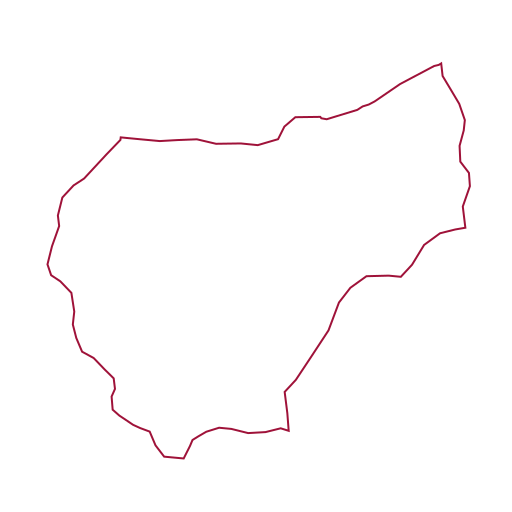 Sinhung, Hamgyŏng-namdo, North Korea (Natural Earth projection), rotated 5°
{"feature_id": "82179303B53420606691311", "entity_name": "Sinhung", "entity_type": "district", "adm_level": 2, "iso_a3": "PRK", "parent_name": "North Korea", "parent_adm1": "Hamgyŏng-namdo", "projection": "natural_earth1", "projection_center": [127.653, 40.262], "detail": "fine", "context": "isolated", "style": "outline", "palette": "rose", "viewbox_px": 512, "rotation_deg": 5, "n_neighbors": 0, "source": "geoboundaries", "source_scale": "gbopen_adm2", "svg_char_len": 1228}
<svg xmlns="http://www.w3.org/2000/svg" viewBox="0 0 512 512"><g transform="rotate(5 256 256)"><path d="M303.8,427.3L300.9,409.8L296.4,388.9L306.5,375.9L319.3,352.4L334.7,323.8L342.7,295.1L352.8,279.4L367.8,266.5L389.9,264.0L402.1,264.1L412.2,251.1L422.5,230.3L437.4,217.3L452.2,212.2L462.1,209.6L457.7,188.7L463.0,167.8L460.9,154.7L451.3,144.2L449.2,128.5L452.0,112.8L452.2,102.4L445.2,86.7L435.7,73.5L426.2,60.4L423.7,48.0L421.4,49.7L416.9,51.2L384.6,72.1L360.7,91.7L355.1,95.3L349.2,97.7L344.2,101.6L314.5,113.6L309.1,113.1L307.9,111.8L283.1,114.3L273.0,124.6L267.8,137.7L248.1,145.4L231.0,145.2L206.4,147.7L186.9,144.9L167.3,147.4L150.1,149.9L130.5,149.8L118.2,149.7L110.9,149.6L110.8,152.2L98.2,167.8L88.1,180.8L78.0,193.8L68.1,201.6L58.0,214.6L55.1,232.9L57.3,243.3L54.6,253.8L52.3,262.6L51.9,264.2L49.0,282.5L53.6,293.0L63.3,298.3L75.3,308.8L79.8,327.2L79.5,340.2L84.1,353.3L91.1,366.5L103.2,371.8L115.2,382.3L124.9,390.3L127.1,400.7L124.4,408.6L126.6,421.6L133.8,426.9L148.3,434.9L155.6,437.5L165.4,440.2L172.4,453.4L182.0,463.9L201.6,464.0L206.8,451.0L208.8,444.8L214.4,440.6L221.8,435.4L234.2,430.3L246.5,430.4L263.6,433.1L280.8,430.6L295.6,425.5L303.8,427.3Z" fill="none" stroke="#9f1239" stroke-width="2"/></g></svg>